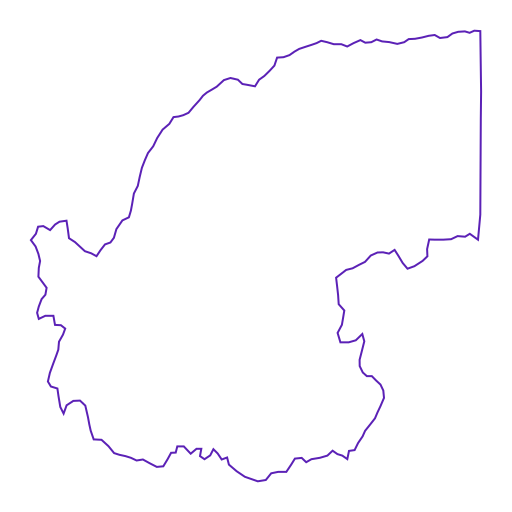 outline of São Gabriel da Palha, Espírito Santo, Brazil
{"feature_id": "56859067B16425031458349", "entity_name": "São Gabriel da Palha", "entity_type": "district", "adm_level": 2, "iso_a3": "BRA", "parent_name": "Brazil", "parent_adm1": "Espírito Santo", "projection": "equal_earth", "projection_center": [-40.521, -18.954], "detail": "fine", "context": "isolated", "style": "outline", "palette": "violet", "viewbox_px": 512, "rotation_deg": 0, "n_neighbors": 0, "source": "geoboundaries", "source_scale": "gbopen_adm2", "svg_char_len": 2787}
<svg xmlns="http://www.w3.org/2000/svg" viewBox="0 0 512 512"><path d="M190.7,453.7L196.5,448.8L201.3,448.8L200.0,456.1L204.5,459.2L210.2,455.4L213.4,449.2L217.7,453.5L221.7,459.5L227.1,457.5L228.9,464.6L236.6,471.2L244.9,476.8L251.8,479.2L257.8,481.3L265.8,480.0L271.2,473.3L278.0,471.9L286.3,471.9L291.2,464.6L294.9,458.6L301.7,457.9L306.2,462.2L311.4,459.2L319.9,457.8L327.4,455.6L332.6,450.7L337.4,454.1L342.3,455.6L347.3,459.1L349.0,450.9L354.6,450.1L358.1,443.0L362.6,436.4L365.1,430.8L370.0,424.7L375.0,418.3L377.5,412.4L380.4,406.3L384.0,397.9L383.3,390.5L380.5,384.6L376.0,380.4L371.8,376.1L366.8,376.1L362.8,372.5L359.7,366.1L359.6,359.8L361.6,352.0L364.3,341.3L362.3,334.0L355.8,340.3L348.8,342.3L340.4,342.3L337.6,332.9L341.9,324.8L343.1,317.8L344.3,310.5L338.7,304.2L338.1,295.1L337.1,286.1L336.1,277.7L346.2,269.9L352.6,268.3L359.3,264.7L365.0,261.9L370.8,255.5L377.5,252.5L383.0,252.3L389.0,253.6L394.6,249.9L398.2,255.5L402.7,263.0L407.5,268.7L414.4,266.2L422.6,260.9L427.4,256.3L427.1,249.1L429.2,239.5L435.7,239.7L442.7,239.7L451.1,239.2L457.6,236.1L465.1,236.7L469.8,233.8L478.0,239.7L480.3,214.7L480.8,118.5L481.1,91.8L480.3,31.1L474.3,30.7L469.6,32.8L464.9,31.4L458.2,31.8L452.4,33.5L447.4,37.1L440.0,38.0L434.7,35.0L428.7,35.8L422.0,37.5L415.0,38.8L408.7,39.1L404.2,42.2L397.3,43.9L389.3,42.1L382.1,41.4L376.6,39.5L371.3,42.2L365.3,42.7L360.4,40.1L353.6,43.1L347.2,46.5L341.3,44.2L333.8,44.2L327.2,42.2L321.2,40.8L316.6,43.1L311.7,44.8L305.5,46.8L299.2,48.9L294.5,51.6L289.5,55.1L283.5,57.2L277.1,57.6L274.4,65.6L269.5,70.9L264.3,76.0L259.1,79.7L255.0,86.3L247.1,84.8L242.4,84.0L237.9,79.7L230.4,78.0L223.9,80.1L216.7,86.7L211.7,89.7L206.9,92.5L203.0,95.7L199.5,100.2L193.5,106.8L188.5,112.8L183.2,115.2L178.5,116.5L173.5,117.1L169.3,123.9L162.6,129.6L157.2,138.0L153.2,146.3L148.0,153.0L144.9,160.1L141.9,167.8L139.8,176.5L137.8,185.9L133.9,193.5L132.1,204.2L130.9,210.6L128.9,217.3L122.4,220.4L116.4,229.1L113.9,237.8L110.4,242.5L105.0,244.4L100.5,250.2L96.5,256.2L91.2,253.3L84.9,251.2L75.0,242.1L69.0,238.2L67.7,228.4L66.5,220.7L59.5,221.7L55.1,224.5L50.1,230.1L43.3,226.1L38.1,226.7L35.9,233.8L30.9,240.1L35.6,246.5L38.4,253.9L40.1,261.0L38.8,267.9L38.4,276.7L46.6,287.8L45.4,294.7L41.6,299.1L38.8,306.5L37.1,312.8L38.8,318.9L45.3,315.8L53.4,315.8L55.0,324.9L60.9,325.2L65.2,328.6L63.0,334.6L59.0,341.7L58.3,349.7L56.3,355.4L53.3,363.4L49.9,372.8L47.9,381.5L50.9,386.5L57.4,388.5L58.5,396.2L60.3,407.0L63.6,413.6L66.6,405.3L73.3,400.9L80.0,400.6L85.3,405.6L88.0,417.3L89.3,424.4L90.7,430.7L93.7,439.4L101.5,439.8L108.5,446.2L114.1,453.1L119.4,454.8L125.4,456.1L130.9,457.8L136.6,460.5L142.9,459.5L149.8,463.3L156.8,466.9L163.3,466.3L167.6,459.2L171.1,452.8L175.7,452.6L177.3,446.4L183.8,446.4L190.7,453.7Z" fill="none" stroke="#5b21b6" stroke-width="2"/></svg>